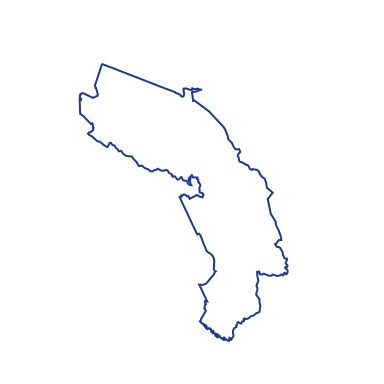 Indrānu pag., Madona, Latvia, rotated 68°
{"feature_id": "27541924B85943558594873", "entity_name": "Indrānu pag.", "entity_type": "district", "adm_level": 2, "iso_a3": "LVA", "parent_name": "Latvia", "parent_adm1": "Madona", "projection": "natural_earth1", "projection_center": [26.773, 56.896], "detail": "fine", "context": "isolated", "style": "outline", "palette": "blue", "viewbox_px": 384, "rotation_deg": 68, "n_neighbors": 0, "source": "geoboundaries", "source_scale": "gbopen_adm2", "svg_char_len": 6034}
<svg xmlns="http://www.w3.org/2000/svg" viewBox="0 0 384 384"><g transform="rotate(68 192 192)"><path d="M110.1,260.0L110.7,258.7L111.5,258.2L115.2,256.3L118.5,253.9L118.5,253.5L118.2,252.8L116.0,250.3L115.6,249.5L116.0,248.8L118.4,248.2L119.0,247.8L119.7,246.7L120.1,246.4L122.2,246.1L123.2,245.8L124.7,244.8L126.2,244.7L126.9,244.5L127.1,244.1L127.0,242.8L127.7,242.1L129.5,241.8L131.2,241.3L133.5,239.8L134.4,238.7L136.1,235.3L136.8,234.4L139.8,233.8L143.1,232.3L147.3,231.7L148.1,231.4L148.3,231.0L148.4,230.6L148.3,229.4L148.8,228.6L152.4,226.6L154.5,224.2L156.9,223.0L157.8,221.6L158.1,220.6L157.7,218.9L158.0,216.8L157.5,215.3L157.8,214.8L160.3,212.9L161.1,211.8L161.3,210.8L161.8,209.6L161.7,208.8L161.9,207.8L162.4,207.0L163.3,206.5L166.0,206.0L167.3,204.8L168.0,204.3L168.7,204.2L170.1,204.4L170.6,204.2L170.8,203.8L170.6,202.8L171.2,202.0L174.5,201.0L175.3,200.4L175.3,199.4L175.2,198.8L174.1,196.9L174.1,196.4L174.8,195.9L176.7,196.1L177.9,195.8L178.4,195.2L178.9,193.9L179.9,192.8L182.8,192.5L183.8,192.1L184.6,191.5L185.0,190.9L185.3,190.3L185.0,190.4L181.4,189.9L181.2,190.1L180.2,189.8L180.1,190.0L180.4,190.2L180.3,190.7L179.3,190.4L179.5,190.2L178.9,190.0L179.6,188.8L178.7,188.4L178.2,189.2L177.5,188.9L177.7,188.3L177.8,188.0L176.2,186.1L176.6,185.6L178.0,185.9L178.7,185.8L180.6,181.7L181.7,182.5L182.6,181.5L183.1,181.7L184.7,182.3L185.8,181.9L186.1,182.3L187.0,181.8L188.7,181.7L189.7,182.2L190.8,183.6L191.3,183.9L192.8,184.1L194.8,185.0L195.5,184.8L196.4,183.3L197.2,182.7L198.8,182.3L199.4,183.4L200.4,183.7L200.3,184.3L200.7,184.4L199.2,186.6L196.6,188.5L197.5,196.7L194.5,196.9L194.2,198.2L193.4,198.3L191.2,200.3L191.4,201.6L192.3,203.1L191.3,203.4L191.9,204.3L192.0,205.4L233.2,203.1L233.4,203.0L233.2,201.2L235.7,200.4L244.2,200.6L252.3,200.5L254.4,199.4L256.0,198.0L257.0,197.5L259.9,196.6L262.3,196.7L265.9,197.8L267.0,198.6L269.3,199.4L271.2,200.6L271.7,200.7L273.4,200.5L274.2,200.3L274.5,199.9L274.8,200.7L276.8,202.9L282.0,212.7L282.2,213.2L282.2,216.8L280.6,220.0L299.3,218.9L298.1,220.9L300.1,221.4L301.2,221.1L301.5,222.0L303.8,223.7L304.4,223.7L304.6,224.0L305.3,224.2L306.1,223.7L307.0,223.8L307.4,223.7L313.1,231.1L314.9,232.3L314.9,233.1L316.4,232.8L320.2,229.6L320.5,230.1L319.9,230.7L320.0,231.0L320.9,230.5L321.6,230.4L321.7,228.9L321.9,228.7L322.8,229.1L322.9,229.5L322.5,230.0L323.1,230.1L324.0,229.5L324.6,229.5L325.0,229.0L324.6,227.6L325.5,227.1L325.5,226.8L325.3,226.5L326.6,226.1L326.5,225.8L326.7,225.7L327.8,226.3L328.0,226.2L328.0,225.8L328.5,225.7L328.7,225.9L328.4,226.3L328.5,226.5L328.9,226.5L329.4,226.1L329.5,225.8L328.9,224.9L328.9,224.4L329.0,224.2L329.4,224.3L329.7,225.0L330.2,225.6L330.6,225.7L331.0,225.5L331.7,223.6L332.0,223.3L332.4,223.3L333.7,224.1L334.2,224.1L334.4,223.5L333.5,222.8L333.3,222.3L333.2,222.0L333.6,221.7L334.4,221.7L335.2,223.1L335.6,223.3L335.9,223.2L336.4,222.6L336.2,221.9L336.4,221.3L335.2,220.9L335.2,220.7L335.4,220.4L337.6,220.2L338.4,219.6L339.0,218.7L339.6,218.9L339.8,218.8L339.8,218.6L338.9,218.2L338.9,217.9L340.8,218.1L340.8,217.6L339.4,216.9L339.3,216.5L339.7,216.4L341.6,216.6L341.5,215.6L341.6,215.3L343.4,214.3L344.1,213.5L343.7,213.0L342.1,212.5L341.3,211.9L341.9,211.4L343.0,211.2L343.6,210.8L342.2,209.2L341.3,207.6L340.8,207.4L337.5,206.6L335.7,205.7L334.6,204.6L334.0,203.6L333.9,201.5L333.5,201.2L332.3,201.0L331.7,199.8L330.4,199.1L330.0,198.5L330.1,197.7L331.5,196.8L332.4,195.7L332.2,195.2L331.4,194.7L330.9,194.1L330.8,193.8L331.1,192.4L331.0,192.1L330.4,191.8L329.4,191.8L328.8,191.4L328.8,190.9L330.1,189.2L330.3,187.1L330.0,185.7L329.3,184.1L329.6,181.1L328.6,178.3L328.5,177.1L328.6,174.7L328.5,174.3L323.1,171.3L320.6,171.0L316.5,169.6L314.7,170.2L313.4,170.3L312.3,170.8L310.9,170.8L309.3,169.8L307.9,168.5L306.6,167.7L305.4,167.4L303.4,167.4L302.6,167.1L299.6,164.0L298.9,163.7L294.0,162.8L291.4,161.8L290.6,161.7L290.8,161.0L290.6,160.1L290.9,159.7L291.8,159.6L293.3,159.9L293.9,159.7L294.9,157.5L294.6,156.3L294.8,155.8L298.1,152.4L299.0,150.9L299.2,150.2L299.3,149.4L298.7,148.5L298.7,148.0L301.8,144.6L302.3,141.6L301.9,140.1L302.1,139.7L303.2,139.0L303.5,138.6L303.3,138.3L301.8,137.1L301.5,136.5L301.9,136.1L303.3,135.7L303.6,135.3L303.3,134.6L302.1,133.4L301.0,132.9L299.9,132.8L299.3,133.0L298.0,133.9L297.1,134.0L296.8,133.8L296.6,133.4L297.0,131.9L296.4,131.3L295.5,131.0L293.8,131.8L292.9,131.8L290.5,129.4L289.5,128.9L289.0,129.2L288.6,130.6L287.9,131.1L284.0,131.2L282.0,130.5L276.6,131.3L275.7,131.9L275.0,133.4L274.6,133.8L272.6,134.5L271.5,134.4L271.2,134.2L271.4,133.6L271.4,133.1L270.8,132.2L269.8,131.2L269.5,130.3L269.1,129.6L270.0,127.2L267.8,126.5L265.3,126.2L259.6,126.1L255.8,126.4L252.5,126.3L251.8,125.8L251.1,125.6L241.6,127.1L226.9,124.4L222.8,117.4L216.1,120.9L214.5,120.7L211.3,119.7L208.5,119.8L207.4,119.4L204.5,121.2L202.3,122.1L197.4,122.4L195.4,124.0L193.5,127.4L194.0,128.2L192.0,129.8L188.7,129.9L187.4,130.8L187.2,131.6L183.5,134.2L182.1,136.1L181.3,136.5L180.2,136.5L178.0,135.9L176.0,136.1L175.3,135.9L174.6,135.6L172.9,132.2L169.9,132.3L169.2,134.9L168.8,135.4L166.8,136.3L163.1,136.6L161.3,136.6L161.0,136.9L156.9,138.5L152.5,137.8L148.8,138.0L147.8,137.8L144.1,138.2L123.5,146.1L108.1,155.5L108.0,156.8L99.7,154.7L99.6,153.0L100.5,150.6L100.3,148.1L100.6,145.2L100.4,145.2L100.2,146.5L99.8,146.5L98.1,148.3L98.1,149.8L97.6,151.1L97.3,151.6L95.9,152.9L97.7,154.1L93.9,158.4L93.0,161.0L94.7,161.8L95.2,161.7L96.1,162.4L97.3,162.2L98.8,162.9L100.0,164.0L100.2,164.3L100.0,165.1L99.4,166.0L97.7,166.3L94.7,169.0L94.7,169.4L94.5,169.7L92.9,170.4L85.4,178.7L40.1,226.9L39.9,227.2L40.0,227.7L40.4,228.1L56.9,242.1L59.6,242.4L59.7,242.0L66.1,242.7L66.3,243.1L67.4,243.4L67.6,248.6L59.5,256.0L59.2,257.2L59.8,258.4L59.5,258.8L61.0,260.1L63.2,260.4L64.1,259.9L64.9,260.3L63.6,261.3L77.6,266.4L79.5,265.1L81.2,264.2L91.3,260.1L91.1,258.7L93.2,259.0L94.3,259.4L94.8,259.3L95.2,259.9L95.9,259.3L97.7,260.8L98.5,263.6L98.5,264.7L98.2,265.4L99.0,265.9L99.0,266.6L100.1,266.2L103.0,263.9L108.6,261.2L109.6,260.5L110.1,260.0Z" fill="none" stroke="#1e3a8a" stroke-width="2"/></g></svg>